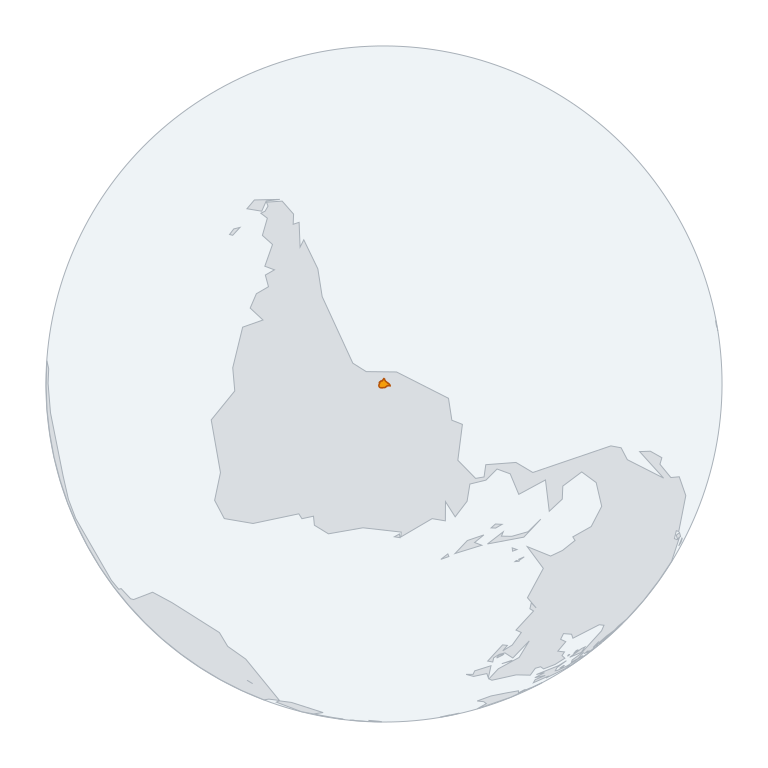 Apurímac highlighted on a globe, orthographic projection, rotated 149°
{"feature_id": "PER-569", "entity_name": "Apurímac", "entity_type": "Department", "adm_level": 1, "iso_a3": "PER", "parent_name": "Peru", "parent_adm1": "", "projection": "orthographic", "projection_center": [-73.045, -14.013], "detail": "medium", "context": "on_globe", "style": "filled", "palette": "amber", "viewbox_px": 768, "rotation_deg": 149, "n_neighbors": 0, "source": "natural_earth", "source_scale": "10m", "svg_char_len": 6443}
<svg xmlns="http://www.w3.org/2000/svg" viewBox="0 0 768 768"><g transform="rotate(149 384 384)"><circle cx="384" cy="384" r="338" fill="#eef3f6" stroke="#a8b0b8"/><path d="M297.0,57.5L307.9,55.8L313.2,54.3L322.9,53.4L332.6,51.6L332.9,52.5L340.4,50.5L338.2,50.2L340.8,49.4L346.4,48.7L347.7,49.2L345.1,49.7L348.4,49.6L346.7,50.4L350.7,49.6L351.6,51.0L358.9,48.7L366.5,49.1L364.9,50.5L354.4,51.4L324.6,60.4L319.7,63.9L323.5,66.8L353.0,68.8L352.1,72.9L358.7,77.6L364.1,74.2L360.9,69.5L372.6,65.5L367.3,61.4L371.3,59.5L370.2,55.8L381.8,55.5L393.9,57.6L395.4,61.0L400.7,62.4L408.6,59.1L420.5,66.6L444.1,74.5L445.9,77.2L432.7,81.0L409.0,80.0L391.8,89.0L414.7,82.8L418.8,91.2L424.4,92.9L431.0,92.8L434.0,89.7L437.8,93.1L416.7,99.3L412.9,96.4L419.6,94.1L408.5,94.2L394.3,100.3L397.6,105.1L372.7,112.4L374.7,116.2L370.4,120.6L368.9,113.7L371.1,126.9L342.4,143.9L345.0,170.9L329.8,150.7L316.7,149.4L300.8,151.5L300.9,155.7L279.8,155.1L260.4,167.0L252.9,190.2L259.8,206.8L283.3,204.4L290.5,193.5L307.9,189.8L295.0,218.6L325.3,220.0L322.1,242.0L330.9,252.9L346.1,249.1L361.9,254.0L373.2,240.7L391.4,233.5L391.9,251.5L401.9,235.1L412.1,243.8L448.3,244.2L445.5,248.2L476.1,271.6L508.8,284.2L516.4,298.8L512.5,307.0L523.7,310.8L523.9,316.6L568.1,331.9L590.2,350.9L589.1,371.5L569.8,392.3L550.6,442.2L515.5,454.9L505.3,475.8L475.9,505.5L454.8,501.2L459.6,518.0L446.9,527.1L432.9,526.9L429.6,538.5L419.1,538.3L425.5,546.3L407.7,561.0L411.7,574.0L398.6,586.2L401.6,593.8L396.9,593.4L391.8,596.2L391.1,600.4L377.1,593.2L374.0,576.2L379.6,567.7L373.5,566.3L385.4,544.6L378.5,548.9L381.4,516.8L392.0,490.7L400.0,417.9L392.9,403.8L367.1,387.9L336.1,338.5L344.5,318.0L337.6,309.0L360.0,280.6L354.1,255.9L346.1,252.8L338.3,262.4L311.3,248.8L302.0,231.5L221.4,214.1L213.6,207.2L214.4,193.8L192.8,159.3L199.7,194.4L190.3,189.2L183.8,177.7L188.8,173.1L186.3,156.1L178.7,152.4L182.8,132.9L207.3,105.8L209.0,107.7L214.7,101.9L213.0,99.6L210.5,99.7L227.9,84.7L226.9,84.8L249.6,74.0L273.0,64.8L297.0,57.5ZM67.0,267.8L69.5,260.8L68.8,263.5L67.0,267.8ZM70.5,257.9L69.7,259.9L70.3,258.5L70.5,257.9ZM70.6,257.6L70.5,257.8L70.3,258.4L70.6,257.6ZM343.0,180.7L377.7,193.6L357.9,195.9L361.7,193.1L352.9,187.6L336.6,183.2L319.2,187.4L343.0,180.7ZM358.8,164.4L352.8,163.6L358.7,163.2L358.8,164.4ZM208.3,100.6L212.3,100.1L211.3,103.9L207.2,104.5L208.3,100.6ZM211.0,95.3L214.8,93.4L208.0,98.5L208.0,97.9L211.0,95.3ZM363.8,56.4L366.9,56.1L365.5,56.9L363.8,56.4ZM360.4,55.3L356.5,56.5L354.3,56.2L356.7,55.4L360.4,55.3ZM365.6,54.1L350.9,55.5L347.1,55.1L353.1,52.3L365.6,54.1ZM335.2,50.5L337.7,50.8L330.5,51.4L335.2,50.5ZM324.3,51.4L322.8,51.7L328.5,50.7L328.9,50.6L329.9,51.2L304.1,56.0L303.1,55.9L312.0,53.9L308.9,54.5L324.3,51.4ZM341.3,49.2L336.2,49.9L335.0,49.7L345.1,48.4L342.2,48.8L341.3,49.2ZM345.3,48.5L350.2,47.8L355.8,47.4L346.2,48.6L345.3,48.5ZM331.7,50.1L333.7,49.9L330.4,50.4L331.7,50.1ZM378.4,46.6L372.3,46.8L371.1,46.6L378.4,46.6ZM352.1,47.6L351.7,47.6L349.7,47.8L349.1,47.9L352.1,47.6ZM367.1,46.5L372.3,46.3L373.6,46.3L354.7,47.4L367.1,46.5ZM400.3,608.5L378.2,595.9L390.7,601.5L399.8,595.1L411.2,604.8L400.3,608.5ZM426.8,592.4L437.1,589.4L439.4,591.7L432.9,594.3L426.8,592.4ZM623.7,145.8L640.1,166.7L637.0,166.4L627.3,158.7L605.4,133.7L614.6,137.6L607.0,130.4L591.5,117.9L595.6,120.7L590.5,116.6L591.6,117.4L623.7,145.8ZM661.9,576.3L661.0,577.5L663.6,569.7L671.6,557.6L684.7,531.1L706.3,470.8L713.9,447.7L717.5,427.6L718.4,378.8L718.8,356.2L717.1,344.7L714.7,344.0L711.8,330.4L709.6,328.2L689.6,324.7L678.4,305.9L653.1,255.7L653.1,239.6L644.2,219.4L636.6,166.6L645.0,173.2L649.6,175.1L663.7,194.4L676.4,214.6L687.6,235.7L697.3,257.5L705.5,279.9L712.0,302.9L716.9,326.2L720.2,349.9L721.8,373.7L721.6,397.6L719.8,421.4L716.4,445.0L711.2,468.3L704.5,491.2L696.1,513.5L686.2,535.3L674.7,556.2L661.9,576.3ZM650.9,194.8L653.9,200.4L653.9,200.5L650.9,194.8ZM449.4,244.0L453.8,247.7L448.0,247.5L449.4,244.0ZM355.1,202.9L362.5,203.0L366.3,205.5L360.6,206.6L355.1,202.9ZM417.2,202.7L425.6,204.4L416.8,205.5L417.2,202.7ZM383.2,195.4L410.4,202.1L393.2,206.9L376.1,203.2L388.0,201.5L383.2,195.4ZM355.3,173.6L359.9,174.5L358.5,177.5L355.3,173.6ZM363.2,164.3L361.4,164.6L359.1,162.3L363.2,164.3ZM420.1,90.8L421.9,90.5L428.6,91.1L425.5,92.3L420.1,90.8ZM457.8,87.2L463.2,92.8L457.2,89.2L454.0,91.4L437.4,87.4L445.9,78.4L445.0,82.8L457.8,87.2ZM417.5,81.0L427.1,83.6L416.3,81.2L417.5,81.0ZM559.8,95.6L564.9,98.7L570.6,102.5L570.2,103.4L562.0,97.5L559.8,95.6ZM586.5,113.5L583.7,112.0L581.5,109.9L576.6,106.6L571.1,102.6L586.5,113.5ZM506.5,69.1L506.6,69.3L498.1,66.5L497.9,66.2L488.9,63.1L496.0,65.2L506.5,69.1ZM379.1,49.9L375.0,50.2L374.6,49.8L377.8,49.2L379.1,49.9ZM375.7,46.7L396.7,48.6L393.1,48.9L409.8,51.0L406.7,52.7L395.9,51.1L406.0,54.6L395.1,53.9L403.0,56.5L379.5,52.7L370.1,52.9L381.8,51.8L384.9,50.0L383.4,49.3L372.2,48.0L353.5,48.7L353.6,47.9L358.6,47.2L363.1,46.9L361.7,47.3L368.8,46.6L370.0,47.1L375.7,46.7ZM471.3,57.6L460.9,57.3L462.1,60.3L467.4,64.3L453.0,61.5L438.8,56.4L426.8,51.8L427.8,50.0L421.1,49.6L419.6,48.9L425.5,49.5L415.5,48.2L415.8,47.9L405.1,46.7L402.2,46.6L437.0,50.3L471.3,57.6Z" fill="#d9dde1" stroke="#a8b0b8" stroke-width="1"/><path d="M384.5,380.4L384.8,380.4L384.9,380.5L385.2,380.6L385.4,380.6L385.6,380.7L385.9,381.0L386.4,381.2L386.5,381.3L386.8,381.4L387.0,381.4L387.1,381.5L387.4,381.5L387.5,381.6L387.7,381.8L387.8,382.0L388.1,382.1L388.4,382.1L388.6,382.3L389.0,382.7L389.1,382.8L389.5,383.6L389.5,384.6L389.3,385.2L389.2,385.4L389.0,385.6L388.6,385.9L388.4,386.3L388.2,386.4L388.1,386.5L387.9,386.5L387.7,386.7L387.6,386.8L387.3,386.9L387.2,387.0L387.1,387.3L387.2,387.5L387.2,387.8L386.6,388.0L386.3,388.0L386.0,388.0L385.9,387.9L385.6,387.8L385.4,387.9L385.3,388.0L385.1,388.2L384.8,388.1L384.5,387.9L384.1,387.6L383.9,387.8L383.7,387.8L383.4,388.0L383.2,388.0L382.6,388.2L382.3,388.1L382.2,388.1L382.1,388.3L381.8,388.6L381.7,388.7L381.3,388.8L381.2,388.7L381.0,388.0L381.3,387.9L381.4,387.4L381.2,386.9L381.2,386.0L381.2,385.4L380.8,384.7L380.7,384.3L380.6,383.9L380.0,382.7L380.3,382.5L380.3,382.4L380.2,382.2L380.0,381.9L379.9,381.9L379.7,381.8L379.6,381.6L379.5,381.1L379.5,380.8L379.5,380.6L379.4,380.5L379.4,380.3L379.4,380.1L379.5,379.9L379.5,379.7L379.6,379.3L379.7,379.2L379.8,379.3L380.0,379.5L381.1,380.2L381.4,380.5L381.6,380.6L382.1,380.7L382.3,380.8L382.6,380.8L382.8,380.8L382.9,380.7L383.0,380.5L383.3,380.6L383.5,380.6L383.8,380.7L384.0,380.5L384.4,380.4L384.5,380.4Z" fill="#f59e0b" stroke="#b45309" stroke-width="1.5"/></g></svg>